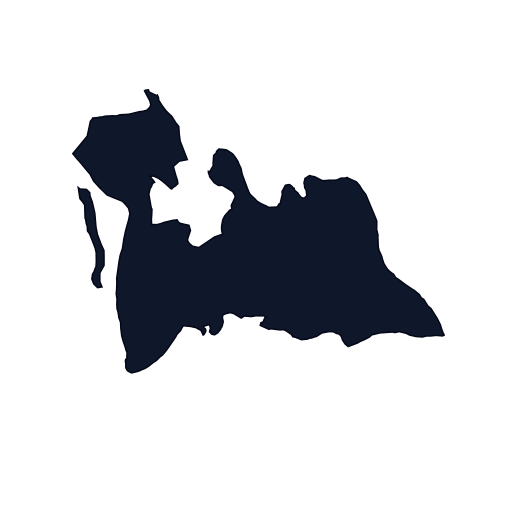 outline of Tahta, Suhaj, Egypt, rotated 192°
{"feature_id": "37247803B8272861874741", "entity_name": "Tahta", "entity_type": "district", "adm_level": 2, "iso_a3": "EGY", "parent_name": "Egypt", "parent_adm1": "Suhaj", "projection": "albers", "projection_center": [31.471, 26.785], "detail": "fine", "context": "isolated", "style": "filled", "palette": "ink", "viewbox_px": 512, "rotation_deg": 192, "n_neighbors": 0, "source": "geoboundaries", "source_scale": "gbopen_adm2", "svg_char_len": 6024}
<svg xmlns="http://www.w3.org/2000/svg" viewBox="0 0 512 512"><g transform="rotate(192 256 256)"><path d="M456.5,318.0L451.8,314.3L450.9,313.6L445.5,309.6L441.6,306.4L435.2,301.4L430.5,295.6L423.2,290.3L418.2,287.2L414.5,284.8L409.0,283.7L408.5,283.6L398.1,281.8L394.8,279.6L390.6,276.3L388.2,271.3L388.1,264.8L388.8,253.8L388.8,244.9L388.4,238.9L388.2,235.5L388.3,234.4L389.0,228.5L388.8,221.6L387.6,205.0L386.6,201.2L385.3,193.7L384.9,190.0L382.9,184.6L382.1,179.8L380.9,175.4L379.3,172.5L377.2,167.0L374.7,163.0L373.0,156.6L370.7,149.9L368.1,144.9L365.2,140.1L363.4,136.7L362.0,134.6L361.4,130.9L361.0,128.8L362.0,127.8L361.9,125.9L360.9,123.4L360.1,119.6L358.0,117.1L356.4,116.5L354.3,116.0L353.3,115.8L347.7,118.5L344.9,120.3L343.9,121.2L341.1,123.0L338.3,125.7L334.5,130.3L331.7,133.1L328.8,137.6L327.0,139.5L325.0,143.2L324.1,145.0L322.1,149.6L320.2,154.2L318.3,158.8L317.3,161.6L317.3,162.5L316.1,164.4L315.1,166.0L314.4,167.1L313.4,170.8L312.5,172.7L307.8,173.2L305.1,173.5L299.5,173.4L296.8,172.4L295.9,172.4L294.0,171.4L291.3,167.7L290.4,168.6L289.4,172.3L290.3,174.2L292.1,175.1L293.0,176.1L288.3,178.8L287.4,178.8L286.5,177.8L285.6,175.9L285.7,172.2L283.0,170.3L280.2,170.3L279.2,171.2L277.4,173.0L275.5,176.7L275.4,177.6L274.5,180.4L274.4,183.2L274.4,185.0L276.1,188.8L276.1,190.6L276.1,191.6L273.3,193.4L269.6,195.2L265.9,195.1L257.6,192.2L256.7,193.1L254.8,194.9L248.3,195.7L243.7,197.5L239.0,198.4L237.3,198.8L235.3,199.2L234.4,198.3L233.5,198.3L234.5,197.3L235.5,192.7L237.3,191.8L237.4,190.0L237.4,189.0L228.2,187.0L226.3,187.9L217.1,188.7L214.3,189.6L212.5,189.5L209.7,188.6L208.6,188.1L207.7,187.7L205.1,186.6L204.2,185.7L203.3,184.7L200.6,184.7L194.1,183.6L188.5,185.4L185.7,187.2L184.8,187.2L182.0,189.0L180.1,189.9L178.2,191.8L175.4,194.5L168.9,197.2L164.3,198.0L162.8,197.5L161.5,197.0L158.8,197.0L157.0,196.0L156.0,195.1L155.1,194.1L154.7,193.2L154.3,192.3L153.4,191.3L150.6,188.5L148.8,187.5L147.0,186.6L144.2,188.4L141.4,190.2L138.6,192.0L136.7,193.8L132.9,196.5L128.3,200.2L126.4,202.9L122.6,204.7L118.9,206.5L106.8,210.0L104.1,210.0L100.3,211.8L96.6,211.7L93.0,211.6L89.3,210.6L82.8,210.5L76.3,211.4L72.6,213.2L68.9,214.0L63.3,215.8L56.9,216.6L55.5,217.7L55.8,218.3L56.7,219.2L58.5,222.0L60.2,224.8L61.1,226.7L65.6,232.4L68.3,235.2L70.2,237.1L72.0,239.0L73.8,240.9L77.4,242.8L78.6,244.0L82.9,248.5L85.6,249.4L88.3,252.3L90.1,253.2L93.8,255.2L96.5,256.1L103.9,259.1L112.1,262.9L114.9,263.9L117.6,266.7L122.1,268.7L124.9,270.6L125.8,271.5L128.5,274.3L129.4,275.3L132.1,280.0L133.0,281.9L135.7,285.6L136.6,286.6L138.3,290.3L140.9,300.6L140.9,301.5L143.5,307.1L144.4,311.8L145.2,315.5L149.2,321.4L161.4,339.0L165.9,342.8L169.5,346.6L173.2,349.4L182.4,351.4L183.1,351.8L185.3,350.7L189.0,349.9L192.7,347.2L195.5,346.3L200.1,345.4L202.9,344.5L205.7,343.7L207.6,343.7L211.2,344.7L214.9,345.7L217.7,345.7L218.6,345.7L220.4,345.8L222.3,343.9L224.2,342.1L224.2,340.3L224.3,337.5L223.4,335.6L222.5,332.8L220.7,330.9L219.0,326.2L219.0,325.3L220.9,322.5L222.3,322.6L223.7,322.6L226.4,324.5L228.2,326.4L231.9,328.3L232.7,330.2L233.7,330.2L234.6,331.1L236.4,332.1L237.8,332.8L239.3,332.5L242.0,331.3L243.0,327.6L243.9,324.8L243.9,323.9L243.1,322.0L243.1,321.1L243.2,317.4L243.2,316.4L243.3,311.8L244.2,311.8L245.2,309.0L246.1,308.1L249.8,307.2L252.6,306.4L254.4,306.4L257.0,307.2L258.1,307.4L259.1,307.6L262.7,308.5L263.3,308.7L265.4,309.5L267.1,310.2L268.5,311.4L270.0,312.3L271.8,313.4L274.6,315.1L276.3,317.1L276.6,317.6L279.2,321.5L279.9,322.7L281.7,325.5L283.3,328.0L283.8,328.8L286.6,333.3L288.8,338.4L289.1,338.9L289.5,339.4L291.9,342.5L292.3,343.1L293.1,344.5L294.7,346.2L296.1,347.6L298.7,349.9L299.5,350.6L300.9,351.4L301.6,351.7L306.4,353.5L307.1,353.6L307.8,353.6L309.9,353.5L314.6,352.9L316.3,350.2L316.4,348.3L318.3,345.6L317.7,341.1L317.3,338.2L317.1,337.0L316.6,335.5L317.6,332.6L318.5,329.8L318.8,328.9L320.2,328.9L319.7,327.3L319.5,326.8L318.7,325.8L318.4,325.2L317.8,323.9L316.0,322.3L312.3,319.1L307.5,317.2L303.4,318.1L300.4,317.1L292.2,314.2L289.5,311.3L288.6,309.5L289.6,304.9L290.7,300.3L289.3,296.6L291.3,295.4L292.2,293.6L292.7,292.7L294.2,290.1L294.8,289.0L295.3,287.5L295.9,285.2L296.0,284.5L296.0,280.9L295.8,278.0L295.5,276.3L295.3,275.3L295.1,274.5L294.5,273.0L294.3,272.4L293.1,270.5L300.5,266.0L313.7,252.3L315.5,252.4L320.1,252.4L323.8,254.4L326.2,256.9L326.4,259.0L325.4,267.4L328.0,272.1L331.7,272.1L337.2,272.2L339.1,273.2L340.8,275.0L345.5,273.3L349.2,271.5L353.0,269.7L355.8,267.9L359.5,266.1L364.6,265.1L365.9,269.9L366.7,275.5L367.5,280.2L368.4,281.1L371.6,289.0L373.7,294.2L373.6,299.8L372.6,302.6L372.5,304.4L371.6,306.2L370.5,307.0L371.5,308.1L375.2,311.0L376.1,311.9L373.3,312.8L372.4,312.8L367.8,311.8L363.2,309.8L359.6,307.9L355.0,305.2L353.2,304.1L352.3,304.1L351.3,305.9L349.4,307.7L347.5,310.5L348.4,313.3L351.1,318.0L355.5,326.4L350.8,332.8L343.2,336.0L354.1,352.7L355.1,355.5L356.7,360.2L357.2,362.2L358.5,366.7L359.5,367.5L362.1,369.6L367.5,375.2L369.3,376.2L373.9,379.1L376.0,380.9L379.3,383.8L380.2,384.7L381.1,385.7L383.0,387.6L383.9,388.5L383.8,389.4L384.7,391.3L385.6,392.3L385.9,392.9L386.6,392.3L391.1,393.3L394.8,394.3L395.7,396.2L398.5,395.3L399.4,394.4L393.1,386.8L392.2,385.9L391.3,384.0L390.4,382.1L390.5,380.3L391.4,378.4L393.3,375.7L397.1,373.9L399.9,373.0L409.2,368.5L412.0,367.6L418.4,365.9L421.3,364.1L425.9,363.2L432.4,361.5L436.1,359.7L437.0,359.7L438.9,358.8L440.6,358.2L444.5,357.0L444.5,356.1L446.0,353.4L446.0,350.6L446.0,344.0L446.0,338.2L450.6,329.3L453.5,323.8L456.0,319.0L456.5,318.0ZM444.1,286.0L440.6,276.7L440.0,275.3L437.2,273.2L434.3,270.4L433.6,267.9L431.0,257.3L430.3,256.6L428.7,252.3L427.2,249.9L426.0,245.4L423.4,243.1L422.4,241.6L417.4,234.1L414.9,230.2L413.0,226.0L411.0,217.1L410.3,212.6L410.8,209.7L411.2,206.9L412.1,204.3L411.8,199.3L408.9,195.0L404.4,192.1L400.2,193.7L403.4,198.4L405.2,207.0L402.7,215.2L404.5,223.8L405.9,229.8L409.8,235.0L415.5,243.9L418.6,251.2L422.6,264.5L427.4,274.8L430.9,280.4L431.8,283.4L435.7,285.9L442.1,284.9L444.1,286.0Z" fill="#0f172a" stroke="#020617" stroke-width="1.5"/></g></svg>